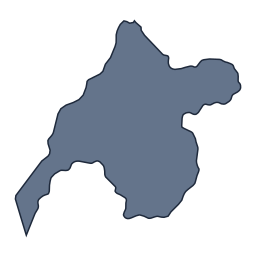 an SVG outline of Western
{"feature_id": "KEN-891", "entity_name": "Western", "entity_type": "Province", "adm_level": 1, "iso_a3": "KEN", "parent_name": "Kenya", "parent_adm1": "", "projection": "mercator", "projection_center": [34.624, 0.494], "detail": "fine", "context": "isolated", "style": "filled", "palette": "slate", "viewbox_px": 256, "rotation_deg": 0, "n_neighbors": 0, "source": "natural_earth", "source_scale": "10m", "svg_char_len": 3456}
<svg xmlns="http://www.w3.org/2000/svg" viewBox="0 0 256 256"><path d="M129.7,23.2L133.2,22.5L133.4,22.5L134.4,20.8L135.9,22.6L141.0,27.1L141.2,30.3L144.5,35.3L162.5,54.2L163.4,54.8L164.2,55.1L165.2,55.3L166.3,55.5L167.2,55.7L168.0,56.1L168.5,57.0L168.7,58.1L168.4,60.2L168.3,61.9L168.4,63.6L169.1,65.8L169.8,66.9L170.6,67.8L172.1,68.7L172.9,69.0L173.9,69.2L174.9,69.4L181.3,68.6L185.1,67.4L189.9,66.2L191.0,66.1L192.0,66.2L192.9,66.4L193.8,66.8L194.7,67.1L195.6,67.0L196.4,66.7L197.1,66.1L200.2,62.0L200.8,61.4L201.4,60.8L202.1,60.3L203.0,60.0L204.0,59.7L209.5,59.0L219.6,59.4L220.5,59.6L221.4,59.9L222.8,60.8L224.5,61.6L225.4,62.0L227.2,62.4L230.6,63.7L231.8,64.3L232.3,64.6L232.8,65.1L233.2,65.6L233.4,66.1L234.3,68.6L237.5,72.8L237.9,73.7L238.2,76.5L238.1,80.9L238.3,81.5L238.5,82.2L239.6,83.3L240.1,84.1L240.5,85.2L240.6,86.8L240.6,88.0L240.1,89.3L239.5,90.3L238.1,91.5L237.3,92.1L233.3,94.3L232.6,95.0L232.0,95.9L231.0,99.1L230.3,100.2L229.1,101.4L225.9,103.5L225.3,103.8L224.7,104.0L223.8,104.1L221.8,103.9L220.9,103.6L219.3,102.8L218.4,102.5L217.4,102.4L216.3,102.4L214.4,102.9L211.3,104.5L210.7,104.8L210.1,104.9L209.1,104.9L208.1,104.8L205.8,104.2L205.3,104.2L204.9,104.3L204.2,104.5L203.5,104.9L202.8,105.6L198.4,112.4L197.0,113.6L195.9,114.3L194.8,114.4L193.8,114.3L192.9,114.0L190.5,112.8L189.6,112.5L188.6,112.5L187.5,112.6L186.5,112.8L185.6,113.1L183.3,114.5L182.6,116.0L182.1,118.3L181.7,125.9L182.0,127.2L184.0,128.4L191.3,131.9L192.0,132.4L192.6,133.0L193.0,133.7L195.4,138.7L196.0,141.8L197.8,147.3L197.9,148.3L197.9,149.4L196.4,160.8L196.6,163.0L197.4,165.8L198.1,167.5L198.6,168.3L199.0,169.1L198.9,170.5L198.4,172.1L197.0,175.6L195.4,181.6L194.8,183.4L193.0,185.5L187.9,189.5L185.9,191.3L185.2,192.2L184.3,193.6L183.1,196.3L181.8,200.2L178.5,204.3L171.0,211.8L168.1,216.2L164.0,217.3L161.3,217.1L157.7,216.3L156.4,216.4L154.9,216.8L151.0,218.1L149.5,218.3L148.3,218.2L144.1,216.2L140.1,215.0L139.0,215.0L136.1,215.8L131.4,217.8L129.2,218.5L127.7,218.6L126.4,218.3L125.3,217.7L124.6,217.0L124.1,216.3L123.7,215.6L123.5,214.9L123.6,214.2L124.1,212.6L124.4,211.7L125.2,210.2L125.8,208.4L125.9,203.0L126.3,201.0L126.4,200.1L126.2,199.2L125.8,198.4L124.9,197.6L120.2,194.7L117.1,193.4L115.7,192.2L115.1,191.1L115.7,188.3L115.7,187.4L115.3,186.6L105.7,177.0L105.3,176.2L105.0,175.3L104.8,174.4L104.7,171.0L104.2,167.7L103.6,166.0L102.9,165.0L99.8,161.8L98.2,161.1L97.0,160.9L96.0,161.2L94.3,161.9L92.8,162.8L91.9,163.2L90.9,163.3L88.9,163.0L79.4,161.2L78.0,161.1L76.6,161.2L75.6,161.4L74.7,161.7L73.9,162.1L72.6,163.0L72.3,163.3L71.8,163.8L71.4,164.5L70.1,167.9L69.6,168.6L69.0,169.3L68.4,169.9L67.3,170.3L65.7,170.5L62.6,170.3L61.0,170.3L59.9,170.7L54.6,173.9L51.5,177.2L51.1,177.8L50.8,178.5L50.1,181.3L49.5,185.1L49.3,190.8L49.2,191.6L48.7,193.0L48.4,193.6L48.0,194.0L44.7,195.1L43.0,195.9L40.9,197.4L39.2,199.0L38.8,199.4L38.4,200.1L38.1,200.9L37.9,201.9L37.9,203.0L38.4,206.0L38.3,207.0L38.1,208.0L37.8,208.8L35.1,213.3L34.6,214.5L26.3,235.2L20.8,217.1L15.4,199.0L15.9,195.5L26.1,181.9L27.6,179.9L41.8,161.0L48.1,156.1L49.6,153.8L50.1,150.2L48.1,143.8L47.9,140.6L48.7,139.0L51.8,135.4L53.0,133.5L53.5,132.0L57.8,114.7L57.9,114.1L60.9,108.7L66.1,105.1L73.3,102.5L79.0,99.6L83.2,95.1L86.1,87.5L86.8,83.5L87.1,81.3L88.6,79.7L99.9,74.1L102.9,71.3L105.4,64.2L110.5,57.6L115.1,46.4L116.1,42.8L116.2,38.9L116.2,34.9L117.1,31.1L118.6,27.5L120.3,24.4L123.9,20.9L126.8,21.6L129.7,23.2Z" fill="#64748b" stroke="#1e293b" stroke-width="1.5"/></svg>